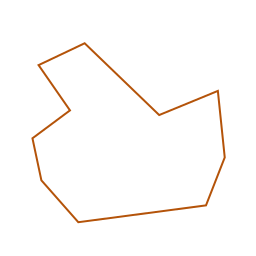 map outline of Jekabpils (orthographic projection), rotated 258°
{"feature_id": "LVA-1085", "entity_name": "Jekabpils", "entity_type": "Republican City", "adm_level": 1, "iso_a3": "LVA", "parent_name": "Latvia", "parent_adm1": "", "projection": "orthographic", "projection_center": [25.867, 56.506], "detail": "fine", "context": "isolated", "style": "outline", "palette": "amber", "viewbox_px": 256, "rotation_deg": 258, "n_neighbors": 0, "source": "natural_earth", "source_scale": "10m", "svg_char_len": 288}
<svg xmlns="http://www.w3.org/2000/svg" viewBox="0 0 256 256"><g transform="rotate(258 128 128)"><path d="M36.1,188.2L46.2,59.8L94.8,32.4L137.8,32.4L157.3,74.9L208.1,53.6L219.9,103.2L134.2,161.2L145.6,223.6L79.1,216.5L36.1,188.2Z" fill="none" stroke="#b45309" stroke-width="2"/></g></svg>